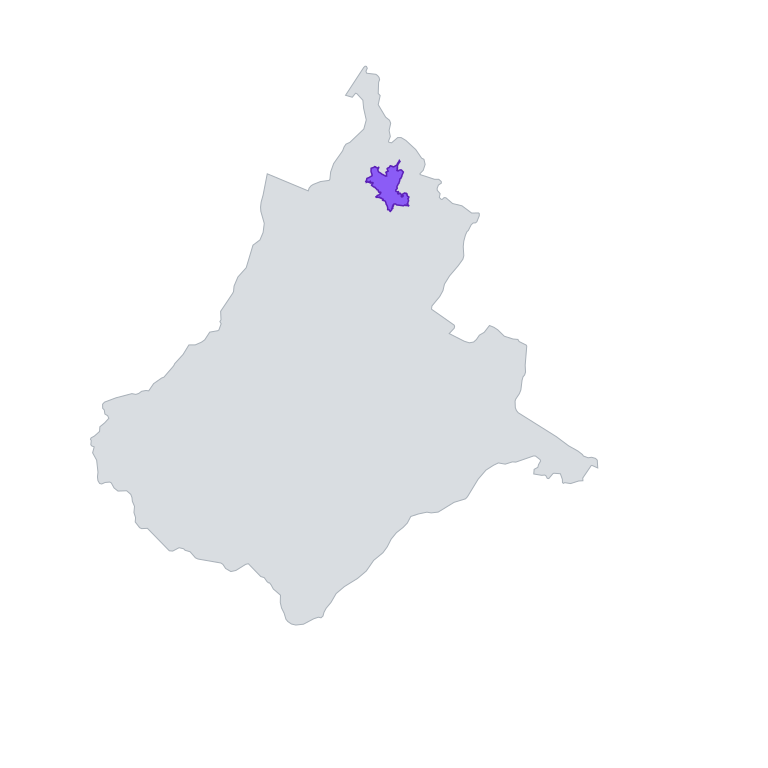 Lubudi, Katanga, Democratic Republic of the Congo shown in context, rotated 213°
{"feature_id": "63176286B52782039621830", "entity_name": "Lubudi", "entity_type": "district", "adm_level": 2, "iso_a3": "COD", "parent_name": "Democratic Republic of the Congo", "parent_adm1": "Katanga", "projection": "natural_earth1", "projection_center": [26.13, -10.358], "detail": "fine", "context": "in_parent", "style": "filled", "palette": "violet", "viewbox_px": 768, "rotation_deg": 213, "n_neighbors": 0, "source": "geoboundaries", "source_scale": "gbopen_adm2", "svg_char_len": 9197}
<svg xmlns="http://www.w3.org/2000/svg" viewBox="0 0 768 768"><g transform="rotate(213 384 384)"><path d="M596.4,496.7L552.7,504.7L553.5,507.5L553.1,510.6L552.0,512.9L547.5,519.2L540.9,524.9L540.9,526.3L544.2,532.7L546.3,541.5L545.7,557.0L546.6,561.2L546.5,564.5L544.2,568.1L539.8,586.8L542.7,595.8L551.3,604.2L556.3,610.5L564.9,612.7L566.2,612.4L566.8,607.2L573.5,605.2L573.4,638.5L572.9,640.3L571.7,640.8L570.0,639.7L569.5,636.5L567.8,635.2L559.5,639.3L557.4,639.2L555.1,638.4L553.4,636.8L552.9,634.2L547.1,624.5L544.3,623.8L541.0,615.1L528.0,608.7L523.0,608.2L520.4,606.3L517.8,599.4L513.5,595.0L512.5,590.1L511.6,589.4L509.0,590.4L506.7,598.2L503.8,600.0L498.4,600.2L485.0,597.9L475.5,593.9L472.9,594.2L469.1,590.6L467.5,584.6L468.4,580.0L467.7,579.3L453.1,583.2L449.6,585.5L446.3,585.0L445.3,583.7L446.7,580.5L446.0,577.1L444.9,575.5L440.6,574.2L439.2,570.6L436.6,570.0L435.7,570.6L435.1,573.1L433.5,573.9L424.8,572.7L415.7,575.9L403.6,575.1L397.8,579.0L396.9,578.8L395.7,576.9L394.5,570.6L395.1,568.9L396.9,567.6L397.6,565.1L396.9,558.6L397.4,557.0L396.8,553.2L394.9,547.3L392.4,542.4L386.9,535.0L385.8,531.6L386.2,523.4L387.9,510.4L387.7,500.7L385.4,494.4L384.9,487.7L386.3,475.5L384.9,472.6L357.2,471.6L356.1,470.7L355.5,469.0L356.8,461.8L339.9,463.6L334.9,465.0L331.7,468.0L330.7,471.7L330.6,476.9L328.1,481.9L327.4,490.5L322.8,491.4L318.1,491.4L309.1,489.6L300.3,492.0L296.0,494.3L293.8,493.2L285.9,494.1L284.9,493.5L275.8,476.6L271.8,471.1L271.0,468.3L271.3,465.7L270.2,462.2L266.0,453.6L265.2,449.6L265.3,443.3L264.8,441.1L261.0,435.7L258.5,433.9L255.8,433.0L210.6,433.7L195.6,432.7L184.7,433.4L179.1,432.9L177.6,432.2L172.6,433.3L170.0,435.6L166.1,436.8L163.7,436.3L159.0,430.0L165.3,429.0L165.8,428.3L166.1,413.4L164.5,411.2L167.9,408.7L173.3,402.1L178.7,399.7L179.4,398.4L180.6,398.5L182.5,401.2L187.2,404.8L192.9,401.7L193.5,400.8L194.3,394.4L195.7,393.8L198.2,395.2L199.6,395.2L202.0,393.3L209.4,390.1L211.6,394.2L209.6,397.9L210.5,400.6L210.7,404.7L211.9,405.6L217.7,406.1L219.4,405.1L230.9,390.3L233.9,388.6L238.7,382.8L245.1,380.1L247.9,375.5L251.6,367.3L253.2,355.4L252.6,334.9L253.1,332.1L260.8,322.9L268.8,306.1L274.2,301.6L278.2,299.9L284.4,293.7L289.4,287.5L288.7,280.1L289.9,274.0L292.6,266.1L293.5,257.8L292.6,249.1L293.0,241.9L296.6,230.5L297.0,217.5L300.3,206.5L306.9,192.5L310.0,182.2L309.5,171.9L310.4,164.4L310.0,159.9L308.8,156.1L309.5,153.6L312.0,152.7L315.1,148.8L320.7,138.7L326.7,133.8L330.9,132.3L335.3,132.4L338.1,133.3L342.8,137.3L348.0,140.4L352.0,144.3L355.8,150.5L365.2,151.8L369.2,154.0L371.7,154.9L372.6,154.3L374.6,154.6L379.0,156.4L382.5,155.4L399.9,159.4L401.8,157.4L406.7,146.9L410.3,143.3L416.3,143.0L420.9,145.0L423.4,145.0L444.7,135.9L447.5,135.5L455.2,137.7L460.3,136.2L462.3,136.7L466.7,135.1L470.2,128.8L473.2,127.2L503.8,134.1L508.5,130.7L510.7,130.4L517.5,132.8L519.6,136.7L523.7,140.0L526.6,145.5L531.2,148.6L533.5,151.5L536.2,153.5L541.7,154.3L548.8,149.3L553.8,149.8L558.8,152.5L560.6,152.4L564.3,149.5L566.3,146.4L568.3,145.7L571.2,147.1L573.7,150.0L575.8,154.2L583.5,163.6L590.9,167.6L592.8,173.4L595.4,172.9L596.8,173.4L598.7,177.1L600.1,177.8L600.3,179.3L598.5,182.7L596.7,189.3L599.0,193.4L597.1,199.3L596.1,205.4L598.5,206.9L601.7,206.8L604.5,209.9L606.7,210.4L609.0,213.8L608.5,216.6L601.2,226.5L590.2,238.6L586.5,240.1L584.6,242.4L583.3,245.9L580.1,248.9L577.6,250.1L577.4,258.9L573.7,268.0L572.3,269.8L570.3,284.6L570.6,287.2L568.6,299.3L568.9,310.5L563.6,314.0L559.9,319.6L558.4,323.4L558.4,332.6L552.4,338.2L551.9,339.4L553.4,345.9L555.6,346.9L555.7,349.1L560.6,356.0L560.3,377.4L560.5,379.5L563.1,384.5L564.8,394.2L562.9,406.5L569.5,429.1L566.5,437.3L567.9,445.2L571.9,453.5L581.3,461.7L583.8,465.0L586.1,469.6L588.3,476.6L596.4,496.7Z" fill="#d9dde1" stroke="#a8b0b8" stroke-width="1"/><path d="M472.7,532.1L472.6,532.3L472.7,532.5L472.6,533.4L472.4,533.8L472.5,534.8L472.8,535.0L472.7,535.2L473.0,535.7L473.0,536.0L473.1,536.3L472.9,536.3L472.6,536.0L472.5,535.9L472.3,536.1L472.4,536.3L472.7,536.4L472.8,536.7L473.1,536.7L473.2,537.4L473.2,537.8L473.4,537.9L473.5,537.7L473.7,537.8L473.6,538.2L473.3,538.0L473.1,538.1L473.1,538.6L473.5,539.0L473.8,539.1L473.7,539.3L473.5,539.6L473.7,540.1L473.6,540.5L473.2,540.7L472.4,541.3L472.1,541.3L471.2,541.1L470.8,541.1L470.4,541.3L468.7,542.2L467.1,542.9L466.8,543.1L465.2,543.8L464.7,544.1L464.3,544.8L463.9,545.6L463.4,545.6L462.9,545.5L462.1,546.1L461.4,546.5L460.5,546.6L460.4,547.1L460.6,547.2L461.0,547.3L461.3,547.2L462.6,547.5L462.3,548.0L462.2,548.2L462.5,548.5L462.7,548.9L462.7,549.0L462.9,549.7L463.1,550.2L463.1,551.0L463.4,551.3L463.6,551.4L463.7,551.6L464.0,551.7L464.9,552.5L464.7,553.0L464.7,553.5L464.8,553.9L465.0,554.4L465.4,554.4L465.6,554.3L465.9,554.3L466.1,554.2L466.3,554.2L466.8,554.5L467.0,554.8L467.6,554.9L467.8,555.0L467.9,555.4L467.9,555.6L468.0,555.8L468.4,556.0L468.6,556.0L468.7,555.9L469.1,555.8L469.3,556.0L469.8,555.6L470.0,555.6L470.6,555.6L470.8,555.1L471.6,554.1L471.7,553.7L471.6,553.2L471.4,552.8L471.0,552.5L470.7,552.5L470.7,551.9L470.5,552.0L470.3,551.8L470.3,551.7L470.3,551.4L470.6,551.1L470.8,550.6L471.3,550.6L471.9,550.9L472.0,551.3L472.0,551.5L472.0,551.8L472.3,552.1L472.5,552.2L472.9,552.3L473.3,552.6L473.6,552.7L473.8,552.6L474.0,552.7L474.5,552.6L474.6,552.4L474.7,552.5L474.8,552.2L475.0,552.0L475.1,551.6L475.4,551.2L475.6,551.2L475.9,551.2L476.0,551.1L476.3,551.3L476.4,551.6L476.4,552.1L476.4,552.9L476.3,553.3L476.1,553.5L476.6,553.2L476.8,553.2L477.3,552.4L477.7,552.4L478.0,552.4L478.8,552.1L479.0,552.1L479.2,552.3L479.4,552.5L479.7,553.2L479.8,553.5L479.5,554.4L479.5,555.4L479.6,555.6L480.2,555.8L480.3,556.1L480.5,556.3L480.7,556.7L480.8,557.6L480.8,557.9L480.8,558.2L480.8,558.4L481.0,558.9L481.0,559.8L480.8,560.3L480.8,560.5L481.1,561.1L481.5,563.0L482.0,563.8L482.3,564.5L482.3,564.9L481.8,565.5L482.1,566.3L482.1,566.8L482.0,567.6L482.4,568.1L482.7,569.5L482.8,570.0L483.0,571.4L483.2,572.3L483.8,572.5L484.3,572.5L485.9,573.0L486.7,572.6L486.9,572.3L487.1,572.3L487.3,572.1L487.9,571.2L488.0,570.7L488.3,570.3L488.5,570.3L488.8,570.3L489.0,570.3L489.2,570.2L489.3,570.4L489.5,570.3L489.6,570.7L489.7,570.9L489.6,571.1L489.9,571.5L489.9,571.8L490.0,571.9L490.1,572.0L490.3,572.2L490.6,572.2L490.8,573.0L490.7,573.2L490.8,573.3L491.1,573.5L491.5,574.2L491.5,574.6L491.7,574.9L492.0,575.0L492.2,575.4L492.1,575.6L491.8,576.3L492.0,576.8L491.8,577.6L491.9,577.8L492.0,578.2L491.9,578.6L491.7,579.1L491.7,579.3L492.9,579.8L492.6,578.2L492.6,577.9L492.8,577.7L492.8,577.1L492.7,576.7L492.8,576.3L492.5,575.1L492.6,574.4L493.7,572.2L494.0,571.6L494.3,571.3L494.8,571.0L495.4,571.1L495.5,571.1L496.1,570.7L496.5,570.6L497.1,570.8L497.3,570.7L497.5,570.4L497.7,569.9L497.6,569.6L497.6,569.2L497.6,568.4L497.8,568.0L498.2,567.6L498.4,567.2L498.7,566.4L498.6,566.2L497.9,565.6L496.6,564.9L496.4,564.7L496.7,564.2L496.8,564.2L497.0,563.9L497.5,563.3L497.5,562.9L497.7,562.6L497.4,562.5L497.1,562.4L496.8,562.4L496.6,562.2L496.5,561.8L496.6,561.7L496.4,561.5L496.1,561.2L495.9,561.1L495.8,560.8L495.6,560.4L495.6,560.2L495.3,560.1L495.1,559.9L495.8,559.3L496.1,559.1L496.4,559.1L497.0,559.3L497.9,559.0L498.8,559.1L499.3,559.0L499.6,558.8L499.8,558.8L500.9,559.0L501.3,558.9L501.7,559.0L502.8,559.0L503.4,558.8L503.7,558.9L505.1,559.5L505.5,560.0L506.0,560.3L506.1,560.7L506.0,561.2L506.1,561.6L506.2,562.6L506.5,562.8L506.9,561.9L507.1,561.6L507.5,561.4L508.4,561.5L508.7,561.3L508.9,561.2L509.5,561.5L510.3,561.2L510.3,560.6L510.5,560.3L511.1,559.4L512.3,558.0L512.3,557.9L511.7,557.0L511.0,555.7L510.4,554.9L509.3,554.1L508.3,553.3L507.7,552.5L507.5,552.3L507.5,552.1L507.5,551.9L508.4,550.3L508.9,549.1L509.7,548.0L510.3,547.1L510.2,546.8L509.9,545.9L509.7,545.7L509.4,545.3L509.4,544.8L509.7,544.2L509.6,543.8L509.3,543.8L509.0,543.8L508.7,544.0L508.6,543.8L508.5,544.0L508.3,543.9L508.1,544.4L508.1,544.5L507.7,544.5L507.5,544.8L507.3,544.9L507.1,544.8L507.0,545.0L506.7,544.9L506.5,545.0L506.4,545.2L506.3,545.5L506.1,545.3L505.8,545.2L505.8,545.5L505.6,545.2L505.4,545.2L505.2,545.2L505.3,545.6L505.3,545.8L505.2,545.7L504.9,545.7L504.5,545.5L504.4,545.7L504.1,545.8L504.1,546.2L504.0,546.5L503.7,546.5L503.0,546.8L502.8,546.6L502.6,546.6L502.4,546.3L502.2,546.4L502.6,545.9L502.8,545.6L502.8,544.4L502.8,543.9L502.6,543.8L499.6,543.7L499.0,544.0L498.5,544.0L498.1,543.7L497.5,543.7L497.3,543.6L496.5,543.5L495.7,543.1L494.8,543.4L494.5,543.4L494.3,543.3L493.8,542.6L493.3,542.6L493.0,542.4L492.9,542.1L491.9,542.2L491.7,542.3L491.5,542.9L491.4,543.0L491.1,543.0L490.9,542.8L490.8,542.5L490.7,541.8L490.7,541.3L491.1,540.5L491.2,540.0L491.3,539.7L492.4,538.4L492.4,538.2L492.2,537.7L492.3,537.1L492.7,536.7L492.2,536.3L491.7,536.6L491.0,537.1L490.7,537.2L490.3,537.4L489.9,537.9L489.6,538.2L489.4,538.3L489.2,538.2L488.8,537.9L488.3,538.2L487.8,538.1L487.6,538.4L487.3,538.5L486.8,538.2L485.3,538.5L485.2,538.5L485.1,538.3L485.2,537.4L484.9,537.4L484.6,537.5L483.4,537.9L483.1,538.0L482.4,537.9L481.6,537.4L481.5,537.2L480.6,536.6L480.3,536.1L479.9,535.9L479.6,535.8L478.3,535.1L477.6,534.4L477.3,534.3L476.3,533.0L476.0,532.3L475.9,532.2L475.4,532.4L475.0,532.8L474.7,532.9L474.2,532.7L473.5,532.6L473.3,532.7L472.9,532.6L472.9,532.1L472.7,532.1Z" fill="#8b5cf6" stroke="#5b21b6" stroke-width="1.5"/></g></svg>